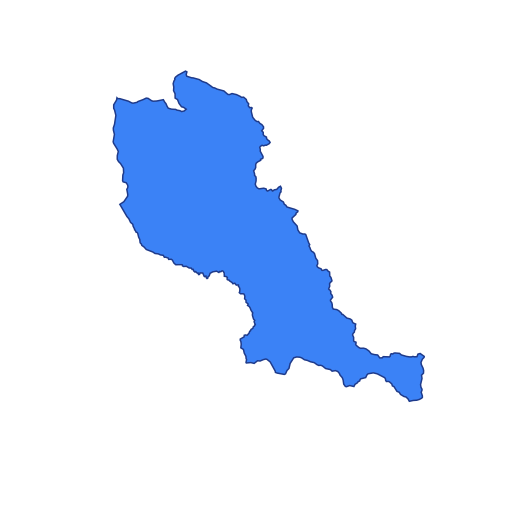 outline of Chachagüí, Nariño, Colombia, rotated 149°
{"feature_id": "7082276B70460159125708", "entity_name": "Chachagüí", "entity_type": "district", "adm_level": 2, "iso_a3": "COL", "parent_name": "Colombia", "parent_adm1": "Nariño", "projection": "albers", "projection_center": [-77.277, 1.404], "detail": "fine", "context": "isolated", "style": "filled", "palette": "blue", "viewbox_px": 512, "rotation_deg": 149, "n_neighbors": 0, "source": "geoboundaries", "source_scale": "gbopen_adm2", "svg_char_len": 6097}
<svg xmlns="http://www.w3.org/2000/svg" viewBox="0 0 512 512"><g transform="rotate(149 256 256)"><path d="M319.4,169.3L315.3,167.3L312.9,164.9L308.6,165.4L306.6,163.9L303.1,163.4L300.8,162.7L299.9,161.9L298.4,157.9L298.8,147.4L299.3,146.2L298.1,144.7L292.7,139.9L291.4,139.8L288.4,141.9L285.7,142.6L282.1,146.3L276.1,149.3L273.1,148.5L270.6,146.7L269.4,145.3L267.9,142.1L265.8,140.1L263.8,137.3L261.0,134.6L259.7,131.5L258.6,129.9L256.8,129.0L255.7,127.6L254.3,123.7L250.7,120.3L250.1,118.1L246.9,116.8L245.4,114.9L245.0,112.4L245.3,110.6L244.7,107.2L245.2,104.8L246.8,101.0L246.6,98.2L245.8,97.4L242.4,96.7L239.3,93.7L237.2,95.0L234.3,95.1L233.2,95.7L231.5,95.5L230.4,96.5L229.6,96.8L224.6,95.3L222.0,97.0L220.6,97.3L215.6,95.4L212.7,92.5L208.4,85.5L208.3,84.1L208.9,82.7L208.9,81.3L207.0,80.2L206.4,79.3L205.5,76.4L206.0,74.4L205.0,73.0L204.9,67.4L203.4,65.4L203.4,62.9L201.5,59.3L200.1,58.0L199.3,55.3L199.4,52.5L195.6,51.2L192.5,49.6L189.8,48.9L187.2,48.8L186.2,49.1L185.4,50.5L184.6,54.1L182.7,55.6L182.3,56.4L182.2,58.5L181.2,61.0L176.8,65.5L175.5,68.6L172.8,69.3L171.3,71.5L170.6,73.8L170.2,77.8L169.4,79.8L166.5,81.9L164.2,82.5L163.5,83.3L165.5,87.9L167.7,88.5L169.9,86.8L172.2,88.0L173.2,89.1L174.6,89.4L176.3,90.4L178.8,92.5L182.4,96.4L183.1,98.6L186.8,101.3L187.8,101.7L189.2,101.6L190.3,102.5L191.2,102.5L192.8,100.9L193.6,100.8L198.8,104.2L200.2,103.7L202.4,104.9L202.7,108.5L205.4,110.6L207.6,112.9L208.1,116.4L209.6,119.8L211.3,121.6L214.0,123.1L215.0,124.6L216.1,127.8L216.0,129.1L215.0,129.9L214.7,130.7L215.9,132.1L216.0,133.0L214.2,136.0L213.9,138.6L212.7,139.6L210.9,140.1L210.0,141.3L208.1,142.3L207.0,144.8L205.6,146.3L207.2,148.6L207.3,149.7L206.9,151.6L207.4,152.9L207.9,153.8L210.1,156.0L211.7,161.2L212.4,161.7L212.3,163.2L213.2,166.4L214.4,168.5L217.1,170.7L217.0,172.6L215.6,175.3L215.1,177.1L215.3,178.9L214.9,179.9L211.5,181.2L211.0,183.3L211.3,185.4L210.2,186.8L210.2,188.8L210.7,189.7L210.7,190.3L208.4,192.1L207.2,194.4L205.5,195.2L204.3,195.2L203.6,195.8L202.8,199.1L203.1,200.8L201.2,204.3L202.0,205.9L202.3,207.9L203.3,208.6L206.1,209.2L206.9,209.8L206.8,211.5L208.5,213.7L209.0,215.1L208.8,216.4L207.1,217.5L205.6,220.4L205.9,223.3L204.6,228.0L204.9,229.7L205.9,231.5L205.9,233.5L205.5,235.1L205.4,237.3L204.1,238.1L204.1,240.0L202.3,248.8L202.8,249.7L204.5,250.7L206.6,253.3L206.7,256.8L205.3,260.5L206.4,266.1L206.2,268.8L205.5,270.0L200.4,271.1L199.6,272.1L197.4,272.4L196.8,273.1L198.8,276.1L204.2,282.0L204.3,284.2L205.1,285.7L204.7,288.2L206.4,291.5L206.4,293.9L206.0,294.7L202.9,297.7L201.5,298.1L201.0,299.2L199.3,300.9L199.1,303.2L201.2,303.3L203.9,302.4L206.2,303.3L208.2,303.1L208.6,303.8L208.5,304.9L209.2,305.5L212.6,305.7L213.2,306.7L212.8,308.3L214.4,310.1L218.8,312.0L219.8,313.6L220.1,315.9L219.6,318.0L217.3,320.3L215.9,322.5L215.3,324.0L215.7,325.9L215.0,326.9L214.1,330.3L212.0,331.0L210.7,332.0L209.1,334.6L207.9,335.5L206.0,335.8L202.7,335.6L202.3,336.5L200.0,336.2L199.1,337.0L198.7,337.8L198.4,343.6L197.3,345.4L196.9,347.1L195.9,347.7L193.8,347.8L192.7,346.5L190.9,346.2L190.1,345.6L186.8,345.5L185.4,346.1L185.4,347.8L185.9,348.7L186.5,351.0L185.8,352.6L187.1,354.7L187.3,356.3L186.1,358.3L186.6,360.4L183.8,361.5L183.0,362.9L183.3,365.6L184.4,367.8L184.6,370.0L186.0,370.8L186.9,372.9L187.4,376.6L185.7,382.1L184.8,383.6L183.1,384.8L183.5,385.7L185.0,386.4L185.3,388.7L183.9,390.2L184.3,393.1L183.7,395.2L184.8,398.5L186.8,399.5L187.1,400.6L189.6,404.4L192.9,407.6L195.6,408.0L196.9,409.0L198.5,414.0L203.4,419.1L204.8,421.3L206.2,422.6L209.3,429.9L212.1,433.2L213.8,436.5L218.1,441.0L219.4,441.9L222.8,445.8L222.3,447.6L220.4,449.4L221.2,450.8L229.7,451.2L232.8,450.8L234.2,450.1L234.6,449.1L236.3,448.2L238.3,446.3L239.5,443.1L241.5,440.2L241.8,436.8L244.0,433.0L242.7,430.5L243.4,426.5L243.0,422.3L241.5,420.7L240.2,417.8L242.9,417.3L245.3,418.1L246.4,419.8L248.7,421.8L249.3,423.0L252.7,425.3L255.1,427.9L255.1,430.2L254.7,433.0L255.0,434.8L254.9,437.7L261.3,440.0L264.5,441.7L265.6,443.0L267.3,446.7L268.8,447.9L272.2,448.2L277.6,449.2L278.8,449.0L282.7,450.3L283.8,451.4L285.6,454.4L291.7,461.0L293.5,462.2L293.7,463.2L295.2,461.5L300.1,458.9L301.9,455.9L302.1,453.8L303.7,448.7L309.4,441.8L312.4,439.2L313.4,437.4L314.7,433.2L319.6,427.5L320.0,425.9L319.9,419.1L320.2,416.5L323.2,413.5L325.1,410.4L325.2,407.7L324.5,405.0L324.4,399.6L326.6,395.5L328.4,394.0L331.6,389.2L331.7,388.0L329.5,385.6L329.5,382.8L330.0,381.6L330.9,380.5L332.4,379.7L334.2,374.9L335.2,373.4L341.3,370.6L346.1,370.4L346.3,356.3L345.8,353.5L346.2,349.4L345.3,346.7L346.0,344.7L346.2,341.7L346.6,341.0L346.3,340.3L346.5,338.1L345.8,337.5L345.7,336.4L346.9,332.6L347.1,330.1L348.5,327.0L348.1,325.4L348.4,323.9L347.3,321.3L346.7,318.1L342.4,312.6L341.3,310.2L338.6,308.1L337.4,306.2L335.1,304.3L335.2,302.1L334.1,301.6L332.3,299.4L332.6,298.1L330.3,296.8L329.8,295.6L330.0,292.2L329.3,289.9L323.9,286.7L323.7,286.1L324.1,285.5L323.6,284.4L321.0,283.0L319.5,280.2L317.7,278.9L317.7,277.4L316.7,276.9L317.1,275.3L316.6,273.7L315.7,273.7L315.5,272.4L315.0,271.4L314.4,271.2L314.8,269.7L313.9,269.3L312.6,270.3L310.4,268.8L310.9,265.3L310.7,264.8L309.3,264.6L309.8,262.9L309.6,261.9L308.9,261.8L307.9,262.8L306.3,263.1L304.3,264.8L301.2,264.7L297.6,263.3L296.3,261.0L295.1,261.4L294.3,260.6L293.0,260.8L292.4,260.5L292.0,259.8L292.0,257.9L293.6,254.9L292.2,253.8L291.6,252.4L292.7,251.1L292.7,250.4L291.5,249.1L291.5,248.3L290.2,245.6L290.1,244.1L288.2,243.6L287.9,241.3L286.0,240.2L286.7,239.0L286.4,237.7L286.8,236.1L288.2,234.0L289.2,233.2L288.7,231.6L286.6,230.3L286.0,229.8L285.9,229.0L286.3,227.2L287.8,225.2L287.3,223.3L288.4,221.4L287.5,219.3L287.7,218.6L288.7,218.0L287.8,216.2L287.8,214.4L288.2,212.2L288.1,208.9L289.0,208.1L289.7,206.8L290.6,203.2L290.2,201.5L291.5,200.6L292.0,197.5L292.7,197.5L293.5,196.7L294.6,196.8L296.0,195.6L298.1,195.6L299.3,194.7L300.2,194.7L301.6,193.5L304.4,192.6L305.6,193.7L306.9,194.1L307.9,192.8L312.3,192.9L312.9,191.9L313.0,190.5L314.1,188.0L316.3,185.1L315.0,182.6L315.0,182.0L316.1,178.8L316.3,175.2L317.3,173.2L317.4,172.1L319.4,169.9L319.4,169.3Z" fill="#3b82f6" stroke="#1e3a8a" stroke-width="1.5"/></g></svg>